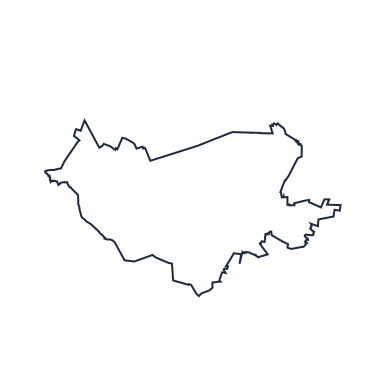 Mapimí, Durango, Mexico, rotated 291°
{"feature_id": "50627088B7119871400855", "entity_name": "Mapimí", "entity_type": "district", "adm_level": 2, "iso_a3": "MEX", "parent_name": "Mexico", "parent_adm1": "Durango", "projection": "robinson", "projection_center": [-104.148, 26.158], "detail": "fine", "context": "isolated", "style": "outline", "palette": "slate", "viewbox_px": 384, "rotation_deg": 291, "n_neighbors": 0, "source": "geoboundaries", "source_scale": "gbopen_adm2", "svg_char_len": 5565}
<svg xmlns="http://www.w3.org/2000/svg" viewBox="0 0 384 384"><g transform="rotate(291 192 192)"><path d="M104.1,153.5L106.4,163.0L119.1,177.7L117.9,181.5L117.4,195.8L118.0,198.9L111.2,202.2L106.4,204.3L102.7,206.2L104.1,222.0L104.9,222.2L104.9,224.6L99.4,231.5L98.9,231.9L97.3,235.7L100.8,237.2L106.3,243.5L110.0,245.4L114.8,243.5L118.6,250.7L119.3,249.2L127.7,248.8L128.4,252.3L130.7,249.4L132.0,249.7L132.9,252.4L135.5,252.2L134.9,250.3L143.5,252.0L149.8,253.0L151.5,260.1L151.2,260.3L150.2,260.5L142.0,262.1L142.9,262.0L154.0,260.5L153.5,261.5L153.9,261.8L153.6,262.3L153.6,262.5L154.3,262.2L154.6,262.4L154.7,264.2L155.2,264.1L155.2,264.3L155.6,265.1L156.0,266.4L156.1,267.7L156.1,267.8L155.8,268.3L155.7,272.0L155.7,273.2L156.1,273.3L156.1,274.1L155.5,274.4L155.1,275.6L155.2,276.1L154.8,276.9L154.7,277.0L155.7,278.2L160.9,285.0L168.0,273.9L168.6,274.5L168.9,274.1L171.0,274.8L171.3,277.5L171.5,277.5L172.0,277.6L172.4,277.4L172.6,277.3L172.9,277.3L173.3,277.1L174.4,277.1L175.1,276.8L175.3,276.6L177.1,276.2L177.3,276.3L177.3,276.2L177.6,276.2L178.1,276.0L178.9,275.9L179.0,275.7L179.3,275.7L179.7,276.8L180.2,277.1L180.1,277.9L179.9,278.2L179.9,278.4L180.0,278.9L180.1,279.0L180.5,278.7L181.6,278.4L182.9,279.1L183.2,279.4L183.4,279.7L183.5,280.1L180.2,282.0L178.4,293.2L177.7,300.4L174.3,301.0L174.2,303.5L174.6,305.4L179.8,313.8L180.5,315.3L180.9,315.9L185.8,317.6L185.9,317.1L185.9,316.9L185.3,316.2L185.4,315.9L185.7,315.7L185.9,315.6L186.3,315.4L187.5,315.5L188.0,315.8L188.1,316.0L188.2,316.3L188.7,316.8L188.8,317.3L188.9,317.5L189.0,317.5L189.4,317.1L189.6,317.0L190.0,316.6L190.2,315.7L190.3,315.4L190.4,315.0L190.5,314.4L190.7,314.1L191.0,313.6L191.1,313.2L191.3,313.0L191.6,312.9L191.8,313.0L192.4,313.0L192.6,313.2L193.3,313.8L193.3,314.1L193.4,314.3L193.4,314.7L193.4,315.8L193.5,315.9L194.0,316.9L194.1,317.3L194.1,318.0L194.5,319.3L195.1,320.2L195.1,320.4L195.3,320.6L195.7,320.4L195.9,320.4L196.2,320.3L196.5,320.3L196.9,320.1L197.2,320.3L197.5,320.2L198.1,320.3L198.4,320.2L198.6,320.3L198.7,320.1L198.7,319.5L199.0,318.8L199.2,317.4L199.3,317.1L199.6,317.1L199.9,316.6L200.0,316.6L200.3,316.3L200.3,315.6L200.5,315.7L201.0,315.7L201.5,315.5L202.0,315.4L202.8,315.4L202.9,315.5L203.0,315.7L203.0,315.8L203.3,315.7L203.6,315.4L204.4,315.3L205.0,314.4L205.2,321.8L208.1,320.9L211.7,319.9L218.7,331.1L219.7,332.9L226.5,331.5L227.5,336.6L233.0,335.4L228.6,322.6L234.3,322.8L233.2,319.9L232.6,318.3L223.8,317.9L224.5,304.9L226.6,304.2L224.9,301.3L218.1,291.4L216.4,292.4L214.4,287.7L215.2,287.2L214.2,285.7L221.5,282.9L220.0,279.7L221.1,279.0L220.6,279.0L220.0,278.9L219.6,278.5L219.5,278.4L219.3,278.2L219.1,277.8L224.0,274.8L223.9,274.6L226.2,274.5L230.4,274.5L232.6,274.5L236.1,274.6L236.0,275.0L241.9,276.5L256.3,278.0L261.5,278.7L264.3,281.6L273.8,278.2L274.5,277.8L274.4,277.3L275.6,276.2L275.3,275.9L275.1,276.0L274.8,275.2L274.4,274.6L275.1,273.6L275.9,272.7L276.0,272.4L276.5,273.8L277.6,273.0L277.2,270.6L277.9,270.3L277.6,269.1L278.0,267.9L279.7,258.7L279.8,258.7L282.9,256.3L283.9,255.3L284.2,254.9L284.9,252.5L285.0,252.7L286.1,249.1L286.4,248.5L286.7,247.3L284.8,246.7L285.5,244.0L283.5,243.3L283.5,243.2L282.6,243.9L281.9,241.2L275.6,246.3L275.2,245.1L273.9,241.6L272.8,238.6L271.5,235.0L271.7,234.9L271.6,234.5L269.7,229.0L268.7,226.6L268.8,226.6L262.4,208.2L255.7,200.8L254.7,199.8L254.4,199.5L249.9,194.5L237.4,181.0L206.2,141.9L216.3,132.4L215.1,130.9L216.6,129.6L212.6,124.6L216.0,121.3L216.7,119.7L216.9,119.0L218.1,110.9L217.6,107.5L205.2,107.0L205.7,105.4L203.8,105.3L205.4,99.2L205.3,92.3L202.8,91.7L200.1,89.6L201.6,87.9L220.3,66.1L209.2,66.1L209.2,61.3L209.0,61.1L202.1,61.7L200.8,65.9L200.5,67.0L199.8,68.4L197.8,67.3L174.8,61.9L166.9,61.2L166.9,60.7L162.6,54.4L162.6,53.9L160.8,49.9L160.3,49.5L160.1,48.9L160.0,48.7L159.8,48.7L159.7,48.3L159.5,48.2L159.4,48.2L159.1,48.2L158.9,47.7L158.7,47.4L158.4,47.6L157.8,48.1L157.1,48.8L157.2,49.2L157.3,49.8L157.1,50.3L156.8,51.0L155.8,52.0L155.4,52.2L155.0,52.5L154.7,52.6L155.1,52.6L155.2,52.8L156.1,52.8L156.3,52.9L156.3,53.0L155.8,53.1L155.5,53.0L155.3,53.0L155.1,53.5L155.0,53.9L154.9,53.8L154.8,54.0L154.7,54.1L154.4,54.2L154.2,54.2L153.9,54.3L154.0,54.5L152.2,55.2L151.4,55.9L151.2,56.4L151.0,56.5L151.5,56.7L151.4,56.8L151.5,56.9L151.8,57.4L152.1,57.7L152.7,57.7L152.8,57.8L152.6,58.1L152.6,58.7L153.2,59.8L153.2,60.4L153.2,61.4L153.3,61.9L153.5,62.3L150.7,64.6L151.0,64.8L151.3,64.9L151.5,65.3L151.7,65.6L152.2,65.6L152.6,65.8L153.0,65.8L153.4,66.2L153.8,66.5L154.0,66.8L154.1,67.0L154.3,67.2L154.5,67.5L155.0,68.6L155.1,69.1L155.2,69.3L155.4,69.4L155.4,69.6L155.6,69.8L155.6,70.2L155.7,70.5L155.8,71.0L156.0,71.3L156.1,71.7L156.0,71.9L156.2,72.0L154.4,73.7L152.6,76.0L152.8,76.6L152.8,77.1L152.8,77.3L151.9,78.7L149.7,83.6L149.7,83.9L149.5,84.0L148.3,86.7L147.7,86.9L143.6,88.8L140.1,90.0L138.8,91.2L138.3,91.8L137.4,92.3L136.6,92.5L136.3,92.8L134.4,93.9L131.2,96.4L130.9,96.5L130.5,96.8L130.0,97.1L129.4,97.7L129.3,98.0L129.0,98.4L128.4,99.3L128.2,100.5L127.6,102.1L127.1,102.8L126.9,103.6L126.5,104.6L126.4,105.1L126.5,105.6L126.4,105.9L126.2,106.5L126.1,107.7L125.9,108.1L125.7,109.3L124.3,112.8L123.3,115.5L122.8,116.0L122.7,116.2L122.8,116.4L122.5,117.3L121.4,119.7L121.2,119.8L121.0,120.2L120.8,120.6L120.5,120.9L120.1,122.1L119.8,123.0L119.3,124.4L118.8,125.3L118.5,125.9L118.4,126.4L118.3,126.8L118.0,126.7L117.5,126.8L117.1,127.0L117.4,128.6L117.4,128.9L117.3,129.2L117.4,130.0L117.3,130.4L118.1,131.7L118.3,132.3L118.4,133.8L118.4,134.7L118.3,135.3L117.9,136.1L117.7,137.1L117.4,137.8L104.1,153.5Z" fill="none" stroke="#1e293b" stroke-width="2"/></g></svg>